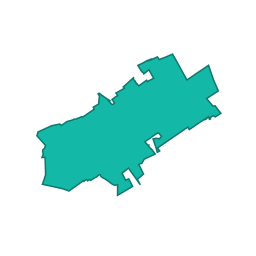 Venado, San Luis Potosí, Mexico (Mercator projection), rotated 322°
{"feature_id": "50627088B34430901612565", "entity_name": "Venado", "entity_type": "district", "adm_level": 2, "iso_a3": "MEX", "parent_name": "Mexico", "parent_adm1": "San Luis Potosí", "projection": "mercator", "projection_center": [-101.049, 22.921], "detail": "fine", "context": "isolated", "style": "filled", "palette": "teal", "viewbox_px": 256, "rotation_deg": 322, "n_neighbors": 0, "source": "geoboundaries", "source_scale": "gbopen_adm2", "svg_char_len": 3712}
<svg xmlns="http://www.w3.org/2000/svg" viewBox="0 0 256 256"><g transform="rotate(322 128 128)"><path d="M210.3,165.4L210.3,164.2L208.4,163.0L208.1,153.2L210.2,153.4L210.3,153.4L222.0,154.4L224.4,145.1L224.8,143.4L229.7,129.2L230.1,128.2L213.1,127.0L212.6,127.0L212.3,127.0L212.0,127.0L204.0,126.4L205.4,117.8L205.5,117.4L205.6,116.5L205.7,115.7L205.9,114.6L206.1,113.3L208.0,101.4L208.6,97.2L201.0,95.2L194.8,93.3L195.0,90.1L190.4,89.0L190.2,89.0L189.9,88.8L189.7,88.9L189.1,88.7L188.7,88.7L188.8,87.9L188.4,87.8L188.1,87.7L187.9,88.3L187.5,88.2L187.5,87.6L187.2,87.5L185.8,87.2L185.5,87.7L184.8,87.1L184.9,86.7L179.1,85.8L174.3,84.7L173.9,88.5L173.6,90.8L173.8,90.9L173.8,91.2L173.8,91.5L173.6,91.7L173.6,92.6L173.9,93.0L174.0,93.4L174.0,93.9L174.0,94.5L173.8,95.1L180.3,95.0L180.2,95.6L178.8,104.6L172.3,103.4L171.9,103.4L172.1,101.8L162.4,101.4L162.3,98.5L161.8,98.4L161.9,98.2L162.0,98.0L162.0,97.9L162.0,97.7L162.2,97.4L162.1,97.2L162.2,96.9L162.2,96.7L162.2,96.4L162.3,96.2L162.4,95.9L162.4,95.7L162.5,95.6L162.4,95.4L162.4,95.1L162.3,94.9L162.3,94.7L162.3,94.4L162.3,94.2L162.3,93.9L162.3,93.7L162.4,93.4L162.4,93.2L162.5,93.0L162.4,92.9L162.5,92.8L162.7,92.7L162.8,92.6L162.9,92.4L162.9,92.2L163.0,92.0L163.0,91.9L163.3,91.8L163.3,91.7L153.3,92.5L153.1,92.5L151.8,92.6L151.4,92.7L151.0,92.7L150.8,92.7L150.3,92.7L149.9,92.7L149.6,92.7L149.8,94.4L148.4,94.3L147.7,94.2L140.0,93.0L139.9,96.0L136.9,95.8L133.0,95.7L132.9,97.5L132.8,99.0L132.8,99.8L131.8,100.1L131.6,100.1L130.8,100.2L130.4,100.0L129.8,99.5L129.8,98.9L129.7,98.3L129.7,97.7L129.5,96.5L129.5,95.9L129.4,95.3L129.4,94.7L130.5,95.3L129.1,91.1L128.8,90.4L126.7,82.8L125.4,82.7L125.3,84.9L124.9,85.6L124.5,85.9L120.9,89.6L120.6,90.0L120.3,90.4L120.3,90.6L120.0,90.9L119.8,91.0L118.8,90.9L113.4,90.2L113.0,92.4L100.3,91.6L99.1,91.5L98.4,90.5L97.3,90.2L96.8,90.1L96.0,90.0L95.4,89.8L94.5,89.5L94.1,89.2L93.5,89.3L92.1,88.7L91.6,88.3L91.0,88.0L90.6,87.7L90.3,87.7L90.0,87.6L89.5,87.6L88.8,87.4L88.5,87.2L88.1,87.1L83.8,85.3L83.6,85.3L77.1,85.0L77.0,84.2L76.8,83.5L76.7,82.9L69.3,79.2L54.6,75.7L52.9,77.0L51.4,78.0L52.3,90.9L51.6,91.3L50.7,91.9L50.1,92.5L47.3,92.8L47.1,93.1L46.4,93.7L46.0,95.1L45.8,95.4L45.5,95.4L44.7,96.9L44.2,97.0L42.0,98.3L42.5,98.6L44.6,100.0L40.4,105.8L34.2,114.2L32.0,115.7L25.9,119.7L26.4,120.2L34.1,129.5L39.4,136.0L42.7,141.3L60.5,142.1L60.4,142.9L63.5,142.9L63.7,144.8L65.9,144.9L66.0,145.5L66.2,146.2L67.9,146.5L71.1,146.8L73.1,147.2L75.2,147.1L76.3,147.2L76.8,147.2L77.0,147.6L77.2,147.8L77.5,148.0L77.2,148.6L77.0,149.1L76.9,149.2L76.9,150.0L77.3,151.4L78.0,152.8L78.4,153.7L79.6,157.4L80.5,160.9L80.9,162.2L81.3,163.3L81.7,164.1L82.2,164.8L82.6,165.1L83.1,165.4L84.4,166.0L84.9,166.3L78.3,174.6L95.7,176.9L97.3,168.5L94.0,167.6L95.5,160.0L103.7,159.9L103.6,162.9L103.5,163.1L103.0,175.6L102.9,175.9L102.9,176.5L102.9,176.9L102.7,180.3L103.8,174.1L111.9,173.9L114.1,163.3L117.5,164.3L121.7,162.5L133.4,165.3L133.6,159.7L133.1,156.9L133.0,154.8L133.4,154.7L133.6,154.6L133.8,154.5L134.0,154.3L133.9,154.2L133.7,154.1L133.4,154.1L133.2,154.0L133.1,153.9L132.8,149.3L144.6,149.9L148.3,150.2L148.3,150.5L149.0,150.7L149.3,155.2L146.1,155.8L143.7,153.3L141.0,152.0L137.9,160.9L136.1,165.2L138.9,165.6L138.9,161.9L149.4,162.5L151.3,162.6L168.6,163.7L170.4,163.8L172.6,163.9L174.6,164.1L175.8,164.1L175.3,167.0L175.8,167.0L176.6,167.0L177.0,167.1L178.5,167.2L181.3,167.4L182.5,167.4L184.0,167.5L193.6,168.2L194.0,168.3L193.9,168.9L196.1,169.0L196.2,168.4L196.8,168.4L197.2,168.5L198.3,168.5L197.5,171.4L198.6,171.6L199.1,170.4L200.4,170.6L200.5,170.4L202.7,170.8L203.6,173.0L208.0,173.4L208.9,173.5L210.2,173.6L210.2,170.9L210.2,169.6L210.2,167.9L210.3,165.4Z" fill="#14b8a6" stroke="#0f766e" stroke-width="1.5"/></g></svg>